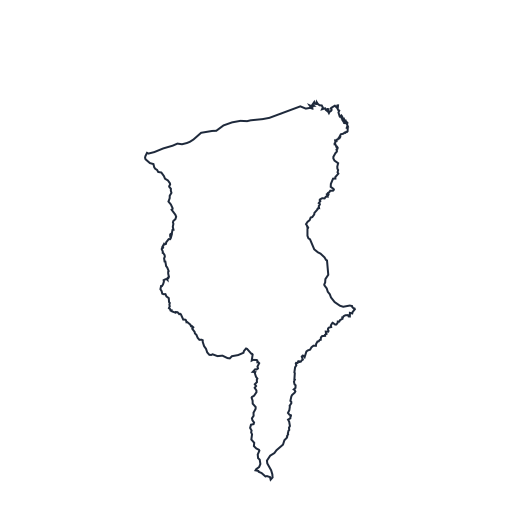 the district of Mazagão, Amapá, Brazil, rotated 218°
{"feature_id": "56859067B25777326370165", "entity_name": "Mazagão", "entity_type": "district", "adm_level": 2, "iso_a3": "BRA", "parent_name": "Brazil", "parent_adm1": "Amapá", "projection": "albers", "projection_center": [-52.07, -0.043], "detail": "fine", "context": "isolated", "style": "outline", "palette": "slate", "viewbox_px": 512, "rotation_deg": 218, "n_neighbors": 0, "source": "geoboundaries", "source_scale": "gbopen_adm2", "svg_char_len": 6137}
<svg xmlns="http://www.w3.org/2000/svg" viewBox="0 0 512 512"><g transform="rotate(218 256 256)"><path d="M405.4,270.2L404.6,266.5L403.9,265.1L402.6,264.2L396.8,263.9L393.4,265.3L390.9,263.3L389.2,262.7L386.9,262.9L384.8,262.0L382.0,263.5L377.8,262.3L375.3,260.9L371.9,261.3L368.6,260.3L367.7,259.5L367.4,257.5L366.7,257.0L364.5,256.6L363.3,255.0L361.5,253.7L361.1,250.4L359.6,248.4L358.5,245.0L354.8,244.2L351.1,242.3L350.7,241.7L351.0,240.5L345.0,238.9L343.1,237.8L342.2,235.4L342.7,232.8L342.2,231.4L340.9,230.5L339.5,227.7L337.2,225.9L337.9,225.2L336.3,222.1L336.9,220.6L336.7,219.8L335.8,218.8L335.2,220.1L334.2,217.7L334.0,216.4L335.2,215.5L335.2,211.4L334.4,210.2L335.2,208.7L335.9,208.9L335.4,205.6L334.5,205.7L334.3,205.2L334.8,204.2L334.6,203.4L332.3,202.2L331.4,201.0L330.8,201.2L328.5,200.4L327.4,199.3L327.0,197.6L325.2,195.9L324.7,195.4L324.0,195.8L320.6,192.7L318.9,192.3L315.5,190.3L315.5,189.5L314.2,187.9L311.8,186.0L311.5,184.8L312.1,184.6L312.1,183.7L311.1,182.7L312.0,182.8L313.0,182.0L313.9,180.1L312.8,179.1L311.8,176.4L311.6,174.4L312.3,173.9L310.9,171.0L308.7,170.2L306.7,168.6L305.3,169.0L303.9,170.2L301.7,169.0L298.8,169.1L296.2,166.2L295.0,165.9L294.3,164.3L293.0,163.3L292.5,161.3L291.0,161.3L290.2,160.7L289.3,161.1L289.3,160.5L287.9,160.7L284.5,161.8L284.7,162.5L283.2,163.4L280.7,162.9L280.3,163.7L279.3,163.8L274.2,161.1L272.8,162.2L271.7,162.3L270.0,161.0L269.6,161.6L265.6,161.5L263.9,160.6L263.3,160.7L263.3,161.3L261.5,161.2L261.4,159.4L257.6,158.4L256.5,157.4L254.4,157.2L251.6,155.6L249.0,155.1L247.4,156.5L246.1,156.8L245.1,155.5L241.4,153.0L238.3,152.1L235.1,150.0L231.9,149.4L230.3,150.5L229.7,151.8L224.7,153.4L221.1,156.8L215.6,158.0L213.6,159.2L213.3,162.2L209.1,166.9L206.3,172.0L207.0,173.7L206.9,177.0L205.8,177.3L199.4,176.1L198.8,176.5L198.0,176.3L195.0,171.0L194.4,172.3L191.4,174.5L190.7,174.5L189.5,173.1L188.9,173.7L187.5,173.5L186.8,169.8L185.2,168.6L185.7,166.9L186.9,166.2L187.2,162.7L185.1,164.1L184.7,162.9L181.6,160.8L179.4,160.2L179.2,159.0L177.6,157.2L178.0,154.2L175.9,153.6L175.9,151.3L172.9,150.3L171.8,149.0L171.5,144.7L172.4,142.4L172.2,141.6L169.6,139.9L167.7,137.6L163.3,136.8L162.2,135.3L161.5,131.0L159.5,128.6L159.3,125.6L157.6,124.3L155.0,123.6L154.4,122.0L156.1,120.0L154.8,116.9L152.0,115.7L151.3,114.1L149.3,113.0L146.7,108.5L142.4,107.7L140.6,104.9L137.3,104.5L134.4,105.1L133.5,104.7L132.4,100.6L129.9,98.0L127.7,97.8L124.5,94.8L123.6,91.6L124.6,88.2L124.4,86.8L121.8,88.1L121.0,87.6L118.0,88.4L112.8,88.1L111.9,89.3L108.8,90.4L106.8,88.8L106.6,91.7L108.7,94.0L112.2,96.5L119.4,99.5L121.4,101.5L121.9,107.4L120.2,112.0L120.3,115.5L118.6,124.0L120.2,128.3L119.8,131.8L120.1,132.8L120.7,133.1L120.9,135.3L121.6,135.7L122.8,138.3L122.7,139.4L124.3,141.0L124.6,142.9L127.9,145.9L130.0,146.8L129.0,149.2L130.1,150.9L130.0,151.5L130.4,152.0L131.9,151.5L134.2,152.0L134.8,155.0L136.5,158.0L137.3,158.7L137.5,161.7L138.4,162.8L139.7,163.0L141.7,167.1L142.0,168.7L141.4,172.1L141.6,173.5L143.1,174.2L144.1,174.1L143.7,176.4L145.2,178.5L146.6,178.6L148.7,180.3L149.3,182.5L149.8,182.4L153.3,187.6L154.1,187.9L156.7,192.4L156.9,194.7L158.5,195.8L158.6,196.5L157.4,197.3L157.9,199.1L157.4,199.5L156.8,199.1L156.4,199.3L155.6,200.5L155.8,201.7L155.3,203.2L158.0,204.9L157.9,206.3L157.2,206.6L155.4,206.2L157.5,211.8L157.0,213.6L155.7,215.5L156.1,218.2L155.5,220.7L153.5,222.1L154.5,223.8L154.9,226.5L154.1,227.2L154.1,229.1L153.4,229.8L154.7,231.8L154.6,233.6L152.4,235.6L153.1,236.3L152.5,238.0L153.2,238.1L154.5,239.4L152.5,240.8L152.7,241.6L154.1,242.4L154.6,243.3L154.4,244.6L153.0,246.3L154.3,247.4L154.6,249.9L154.5,250.6L151.4,250.7L150.5,251.5L150.6,253.9L151.2,254.7L150.0,255.6L150.3,257.2L149.2,259.8L150.2,260.7L149.7,261.2L149.9,262.5L149.1,264.3L147.2,266.0L145.8,265.4L144.8,266.1L147.0,269.0L144.8,270.0L145.4,271.3L145.3,274.9L146.1,275.3L146.6,274.8L148.6,275.0L149.5,275.7L151.6,274.7L156.0,269.7L159.2,268.5L165.7,268.1L171.4,269.5L174.3,271.3L177.4,272.0L180.3,274.0L184.0,275.0L184.7,275.6L185.2,277.7L187.1,280.5L187.5,285.7L197.3,296.2L198.4,296.0L201.2,297.1L206.6,297.6L209.5,297.0L214.2,297.1L223.7,302.4L225.6,302.2L227.9,303.6L232.2,309.1L232.2,309.8L233.2,310.3L232.9,310.7L236.2,311.9L236.4,314.8L235.8,317.2L236.6,320.0L235.6,321.3L235.7,324.6L236.5,325.9L236.2,330.9L236.6,331.2L236.4,332.5L235.9,332.7L237.3,334.0L237.4,335.9L238.2,336.5L239.1,336.4L239.1,338.9L240.3,339.3L240.4,340.0L239.4,342.3L237.4,343.6L237.5,345.7L236.1,346.9L237.7,347.9L236.6,348.6L236.8,349.3L238.1,349.2L238.1,350.1L237.5,351.5L237.7,353.1L235.5,354.9L235.4,355.7L235.6,356.4L236.3,356.6L239.7,356.5L241.4,358.9L242.9,364.4L241.1,365.9L242.1,367.1L241.8,371.6L243.3,372.2L244.2,374.3L245.6,374.9L247.0,376.5L248.4,379.7L252.9,379.5L255.1,380.5L256.1,381.8L256.8,386.3L256.5,387.1L256.8,388.6L258.0,389.3L257.8,390.7L258.4,391.7L259.5,392.0L259.7,391.4L262.2,392.9L262.8,392.4L263.4,393.1L263.4,394.5L264.7,395.7L263.4,396.3L264.1,397.2L263.3,398.3L263.5,399.3L262.7,400.0L262.9,401.5L263.6,401.2L264.1,404.1L262.4,406.3L262.2,407.8L261.4,408.1L261.4,409.3L260.7,409.7L260.6,410.6L262.3,413.1L263.4,412.8L263.8,414.1L263.3,414.6L265.4,415.8L265.9,417.2L267.3,417.4L267.4,415.6L268.3,415.1L268.8,416.0L268.4,417.6L268.9,418.0L269.8,417.4L270.1,415.8L271.5,416.3L271.0,418.1L271.5,418.5L272.1,418.2L272.3,417.2L272.9,417.1L274.0,419.0L275.3,419.3L275.3,417.4L276.0,417.5L279.4,419.9L279.9,421.8L281.4,421.7L282.2,422.2L284.1,425.2L284.6,424.8L284.0,422.7L286.4,423.0L287.9,419.1L287.9,418.2L286.9,418.2L286.3,417.5L286.2,416.5L286.8,415.1L286.5,413.5L288.0,414.2L288.9,415.9L289.6,416.2L290.2,415.8L289.4,414.1L290.9,414.1L292.5,414.9L294.3,412.3L294.8,414.2L296.9,415.1L298.7,413.9L301.0,413.9L302.9,414.6L302.0,413.0L303.3,412.2L304.9,413.2L304.7,410.0L302.7,410.0L304.6,408.2L306.5,407.7L304.1,406.9L302.7,407.4L302.3,406.9L304.5,406.1L307.5,402.8L313.2,401.2L330.5,373.1L335.1,367.9L343.8,359.6L346.0,356.8L351.5,352.9L357.1,346.6L362.0,338.9L364.4,330.2L367.5,327.6L375.1,319.3L377.0,309.3L378.4,305.3L380.0,302.5L383.1,298.5L387.1,296.2L389.6,291.6L395.3,283.7L400.1,275.3L403.8,270.5L405.4,270.2Z" fill="none" stroke="#1e293b" stroke-width="2"/></g></svg>